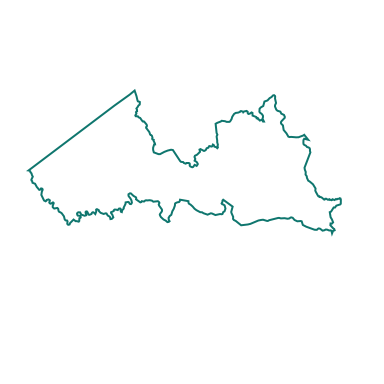 Ferreira Gomes, Amapá, Brazil, rotated 324°
{"feature_id": "56859067B20573807328937", "entity_name": "Ferreira Gomes", "entity_type": "district", "adm_level": 2, "iso_a3": "BRA", "parent_name": "Brazil", "parent_adm1": "Amapá", "projection": "natural_earth1", "projection_center": [-51.388, 0.875], "detail": "fine", "context": "isolated", "style": "outline", "palette": "teal", "viewbox_px": 384, "rotation_deg": 324, "n_neighbors": 0, "source": "geoboundaries", "source_scale": "gbopen_adm2", "svg_char_len": 6039}
<svg xmlns="http://www.w3.org/2000/svg" viewBox="0 0 384 384"><g transform="rotate(324 192 192)"><path d="M110.1,166.0L111.2,166.6L113.4,166.3L114.2,163.5L114.2,161.4L114.6,160.8L117.4,161.4L118.1,160.8L119.0,160.7L120.1,161.5L121.3,163.0L123.1,162.5L124.1,163.0L124.3,163.9L123.2,165.3L122.9,166.2L123.4,167.0L124.8,165.7L126.3,165.5L127.1,165.2L127.5,164.5L131.1,162.6L132.2,161.4L134.5,162.5L134.9,163.3L134.7,164.3L134.8,165.3L135.5,165.9L136.2,165.8L137.1,165.3L138.1,163.2L138.4,161.0L138.3,158.2L138.7,157.2L139.3,156.5L141.0,156.6L141.7,157.2L142.4,160.8L143.5,163.3L143.3,164.2L142.4,165.0L144.1,170.0L145.0,170.3L145.9,169.9L147.6,171.5L149.3,171.4L150.1,171.8L150.8,172.5L153.0,173.8L154.5,175.4L155.0,177.1L159.0,179.4L159.4,181.0L159.2,181.7L157.8,182.5L157.4,183.7L157.4,188.3L157.1,189.1L156.2,190.0L153.4,190.9L152.7,191.3L152.4,192.0L152.1,193.9L152.8,197.5L153.9,199.7L154.4,201.9L155.6,202.5L156.7,202.4L156.7,201.3L157.8,199.2L159.9,198.3L161.8,198.3L164.8,196.0L167.3,194.9L170.1,193.0L171.4,191.5L172.0,191.3L174.0,191.7L175.6,192.5L176.6,192.3L177.8,191.2L183.7,197.3L182.8,198.7L182.7,199.8L183.4,201.3L184.0,204.1L184.2,207.0L184.9,209.3L186.8,213.2L188.2,214.3L188.8,215.9L191.3,219.5L194.7,220.3L195.5,221.1L197.4,224.4L201.7,226.3L203.0,227.5L203.7,227.7L205.5,226.6L206.9,226.8L209.3,225.1L210.5,222.0L209.9,220.4L209.3,219.7L209.2,218.7L211.0,217.7L211.7,216.8L212.7,216.6L216.3,227.7L212.0,231.2L211.6,232.2L210.7,236.3L209.4,237.9L209.4,239.2L210.4,241.2L212.2,247.8L218.1,251.1L220.5,252.1L229.0,254.1L231.4,255.2L233.2,256.2L235.6,259.4L236.4,260.0L237.9,260.2L246.6,263.7L247.3,264.2L248.4,265.6L251.5,267.6L253.6,269.8L255.2,270.6L256.7,270.6L257.5,271.0L258.3,272.1L258.5,274.9L260.0,277.6L262.9,279.4L263.5,280.2L262.3,283.8L264.0,287.2L269.0,294.6L270.8,296.0L272.6,295.8L273.2,296.0L274.1,297.1L274.9,300.0L276.4,300.7L278.2,301.0L279.2,301.9L280.4,303.8L281.7,304.6L282.0,305.4L281.0,307.8L283.2,306.4L284.9,306.8L285.3,305.5L284.9,304.6L284.4,300.2L285.6,298.9L286.5,299.8L288.3,299.5L289.1,296.4L289.3,293.9L291.6,289.3L293.0,289.6L297.5,287.8L298.5,288.6L300.8,287.9L304.7,289.2L305.5,288.9L307.9,285.7L308.3,284.5L307.9,283.9L307.2,284.1L306.2,283.3L304.8,283.1L304.4,282.3L302.6,282.3L301.4,280.5L300.7,280.8L300.0,280.6L299.7,279.8L298.9,279.5L298.8,278.5L297.5,278.3L296.5,276.2L295.8,275.8L295.2,276.1L294.5,275.9L293.7,272.7L293.2,271.8L292.3,271.1L292.5,270.3L291.8,269.9L291.7,269.1L292.3,264.4L292.6,263.3L294.0,261.8L294.4,256.9L293.4,252.8L292.7,251.1L293.3,248.1L294.1,246.7L294.1,244.7L295.8,242.6L296.4,240.3L297.3,238.5L311.1,229.5L311.5,228.2L312.6,226.7L312.9,225.7L312.5,224.5L311.5,223.2L311.4,221.6L310.5,219.8L310.4,218.8L311.0,217.7L312.7,215.5L314.1,214.9L316.7,218.0L316.4,211.7L315.3,211.7L310.3,210.3L308.3,208.9L304.6,205.7L303.1,204.8L302.5,203.8L302.9,200.1L302.6,195.7L304.7,191.6L304.3,189.1L304.6,188.3L305.3,187.6L306.2,187.3L310.6,186.5L311.3,185.7L311.7,183.7L310.3,181.1L310.7,178.9L308.9,176.5L308.6,174.9L309.4,171.6L310.2,170.6L312.3,169.4L314.1,165.2L315.3,163.8L315.6,163.0L315.3,161.9L314.3,161.5L312.2,161.9L309.9,161.7L306.9,162.3L303.8,161.4L300.2,164.3L297.3,164.0L295.6,164.4L293.7,166.7L293.6,167.6L294.3,169.9L294.3,171.8L293.6,173.0L292.2,174.1L291.6,177.3L290.9,176.8L291.0,174.5L288.9,174.1L288.8,173.1L288.3,172.1L288.8,171.5L288.6,170.6L287.6,170.3L288.0,169.0L285.9,165.8L287.4,163.5L286.9,162.6L284.8,162.6L283.5,162.0L283.5,160.7L284.2,159.8L283.8,158.5L281.3,157.4L280.3,157.6L280.4,156.9L279.3,155.4L278.7,155.1L277.9,155.4L276.0,154.9L273.8,153.7L271.9,153.6L268.8,154.8L266.8,156.3L264.3,157.3L263.4,157.2L261.3,155.7L260.3,154.1L257.8,151.8L256.7,151.9L253.1,150.9L251.2,150.7L246.6,158.7L246.2,160.6L244.7,161.4L244.2,162.2L242.7,165.1L241.6,166.6L240.7,169.0L239.8,169.7L239.1,171.2L238.2,171.4L238.0,170.1L236.8,168.5L237.2,166.8L236.8,165.9L235.1,166.9L234.3,166.6L233.4,165.3L232.8,165.0L231.2,165.8L230.2,165.3L229.3,165.3L228.3,166.0L226.5,166.1L225.8,165.8L224.1,162.3L223.0,162.1L222.1,164.2L218.0,164.8L215.7,164.4L214.6,165.1L214.1,167.2L212.5,168.2L213.4,170.3L213.3,172.4L212.9,173.0L211.1,173.6L210.1,171.6L207.7,172.4L206.7,172.1L205.7,170.4L205.6,169.5L206.0,168.7L206.7,168.1L206.8,167.3L206.4,166.6L204.6,165.3L203.6,165.4L202.5,163.8L202.5,162.7L200.8,161.1L200.6,160.0L201.2,146.8L199.9,145.5L196.7,144.2L193.3,143.3L188.4,142.6L187.1,141.6L184.4,137.5L185.3,135.1L186.5,133.4L189.3,131.3L190.1,131.8L190.5,131.0L191.0,128.1L191.7,127.3L191.0,126.4L191.0,125.6L191.9,124.9L192.6,123.0L192.5,122.1L192.0,121.6L192.0,120.6L192.7,118.5L192.6,113.1L193.1,112.5L193.8,112.5L194.5,111.9L194.9,110.8L194.7,107.3L194.5,106.5L193.8,106.3L193.5,104.9L193.6,101.7L192.7,100.2L192.7,99.0L191.0,97.6L191.2,96.7L193.1,95.9L193.6,94.5L194.3,94.2L195.0,94.4L195.9,93.0L196.1,91.8L198.5,91.1L199.3,90.6L201.1,90.5L202.3,89.1L202.7,88.4L201.5,86.8L201.8,85.7L203.4,81.9L205.2,76.2L198.5,76.6L180.3,76.5L72.4,78.5L73.1,79.2L73.3,80.3L72.9,81.0L73.1,82.6L72.5,84.1L72.2,86.0L69.3,87.6L68.9,88.4L69.1,89.2L68.4,90.8L69.9,93.1L69.4,96.7L69.7,100.5L71.1,101.0L71.8,100.4L72.5,100.8L72.8,101.5L72.5,102.4L70.7,103.5L68.4,105.8L67.3,111.9L68.1,113.5L69.1,113.5L69.8,113.0L71.6,113.7L72.1,115.2L70.3,116.7L70.3,117.6L70.9,118.5L73.4,118.7L73.6,119.7L71.1,121.4L70.4,122.5L70.8,124.4L73.6,125.7L73.9,126.8L72.9,128.9L72.9,130.1L73.5,130.9L74.1,132.5L74.1,136.4L72.9,139.4L73.0,140.4L73.3,141.0L74.1,141.5L74.1,142.5L72.4,144.4L72.4,145.4L72.9,146.0L73.9,146.3L75.0,145.5L80.0,144.7L80.7,147.2L81.5,147.7L82.9,149.4L83.7,149.2L85.5,147.0L86.5,147.3L87.3,146.9L87.4,146.1L87.1,145.2L85.7,143.9L85.8,142.9L86.3,141.9L87.2,141.5L88.1,141.6L89.5,142.7L89.1,145.2L91.2,148.1L92.7,148.6L93.2,148.1L93.7,146.3L94.1,145.7L94.9,145.5L95.5,145.9L95.6,147.0L95.0,149.5L95.7,150.2L97.7,150.7L98.7,150.1L99.6,150.0L100.4,150.6L100.8,153.0L103.1,151.5L104.1,149.9L105.0,150.0L105.9,151.8L105.5,152.9L105.8,155.1L107.6,157.8L109.6,158.5L110.2,159.1L110.0,161.5L110.9,163.5L110.8,164.4L110.1,166.0Z" fill="none" stroke="#0f766e" stroke-width="2"/></g></svg>